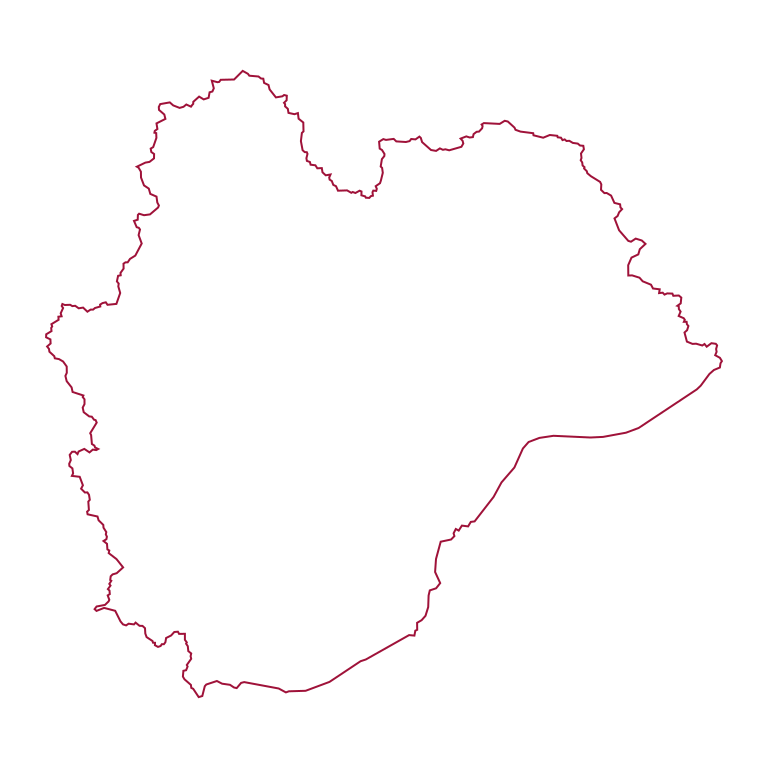 Nhot Ou, Phôngsali, Laos (Mercator projection)
{"feature_id": "54806243B80696563132814", "entity_name": "Nhot Ou", "entity_type": "district", "adm_level": 2, "iso_a3": "LAO", "parent_name": "Laos", "parent_adm1": "Phôngsali", "projection": "mercator", "projection_center": [101.816, 22.196], "detail": "fine", "context": "isolated", "style": "outline", "palette": "rose", "viewbox_px": 768, "rotation_deg": 0, "n_neighbors": 0, "source": "geoboundaries", "source_scale": "gbopen_adm2", "svg_char_len": 6017}
<svg xmlns="http://www.w3.org/2000/svg" viewBox="0 0 768 768"><path d="M414.4,635.6L415.3,630.7L417.2,629.8L417.1,622.8L421.6,620.2L425.5,615.8L428.2,607.1L428.6,595.5L429.8,590.4L436.1,588.3L440.2,583.1L435.1,572.0L436.0,559.0L440.7,541.7L451.1,539.5L454.4,536.1L453.6,533.3L455.8,529.0L458.7,530.6L461.9,525.6L468.1,526.4L470.8,521.9L474.6,521.4L493.6,496.9L501.5,482.4L514.4,467.5L522.9,448.5L528.6,442.0L539.4,437.9L553.5,435.8L590.4,437.5L603.1,436.9L626.0,432.7L638.6,428.0L696.8,389.4L700.7,385.7L709.4,374.0L713.9,370.0L719.9,367.5L720.5,363.3L721.9,361.1L719.9,357.8L715.2,355.2L716.6,351.8L716.1,349.0L717.1,345.4L715.8,343.8L711.4,343.2L706.7,346.7L704.5,344.0L702.3,345.5L696.1,343.7L692.5,343.9L686.9,341.6L684.5,332.5L687.1,330.2L688.4,326.0L686.9,324.2L686.6,321.8L683.9,321.8L684.8,319.8L683.7,318.2L678.7,316.0L680.6,311.6L678.9,309.1L678.7,306.2L677.4,305.8L680.7,303.4L681.3,297.6L678.8,295.5L673.3,295.8L672.4,293.6L667.2,293.4L664.5,294.6L662.7,292.7L659.1,293.1L659.7,289.3L653.0,288.5L651.0,284.7L642.7,281.3L639.5,277.7L632.2,275.4L628.3,275.5L628.2,265.2L631.5,257.6L638.3,254.4L639.8,249.2L645.5,243.9L641.8,240.5L635.7,238.6L631.0,241.7L628.3,240.9L619.1,230.3L614.5,218.4L617.6,216.0L619.1,212.3L622.1,209.1L620.5,207.5L620.1,204.3L614.4,202.9L611.1,195.6L606.7,193.0L604.4,193.1L601.0,189.8L601.3,184.4L600.1,181.9L590.9,176.2L587.3,173.2L586.8,171.2L584.1,168.5L584.5,167.2L582.6,165.5L582.2,162.4L580.7,160.2L581.5,158.0L581.0,153.5L583.9,149.3L583.3,145.8L580.0,145.5L577.8,143.6L572.8,142.9L569.3,140.8L566.5,141.0L564.7,139.4L562.5,140.1L561.0,137.7L557.7,137.3L557.3,135.8L549.8,135.0L543.2,137.7L533.5,135.3L533.2,133.2L520.5,131.6L515.5,129.8L514.5,127.6L507.8,121.5L504.7,120.8L499.7,123.9L483.9,123.1L481.6,124.5L482.6,126.0L482.1,128.3L479.0,131.6L476.6,131.8L473.6,134.1L472.9,137.1L469.7,137.5L466.3,136.4L460.6,138.6L462.6,140.8L463.3,143.5L461.4,146.8L449.2,150.3L445.4,149.3L442.9,149.8L439.9,148.4L436.1,150.9L431.0,150.0L422.1,142.1L420.8,137.9L419.4,136.6L415.5,139.4L411.2,139.0L409.6,141.1L405.9,142.0L396.3,141.4L393.7,138.9L386.0,139.9L383.3,139.1L379.1,141.7L379.7,148.6L382.0,150.0L384.5,154.0L384.3,156.1L381.9,159.1L380.7,166.5L382.1,167.9L382.8,172.8L380.9,180.5L380.0,183.2L375.7,186.2L376.8,188.8L376.2,190.9L373.3,190.6L372.5,192.2L372.9,195.7L370.9,196.1L369.3,197.9L365.8,197.7L365.2,196.4L361.4,195.3L361.5,191.5L359.6,190.7L355.4,193.0L352.7,192.0L351.3,192.8L347.1,190.4L338.0,190.7L336.0,186.2L333.3,184.9L331.8,181.0L329.6,179.6L329.2,177.5L330.5,174.5L325.7,175.3L322.5,172.3L321.8,168.1L317.3,168.3L315.4,165.3L310.6,164.7L309.9,162.0L306.9,160.9L306.4,158.2L307.5,153.9L306.8,152.2L304.7,152.1L302.6,150.2L300.9,141.1L301.9,132.9L303.5,131.4L303.3,122.5L298.6,118.7L297.9,113.1L294.5,114.2L288.5,112.9L287.8,108.8L285.1,106.4L285.1,104.1L284.0,102.8L286.6,100.3L286.8,95.7L284.1,95.0L282.4,96.3L275.9,97.4L269.6,89.4L268.5,85.0L264.1,82.9L263.3,78.7L261.0,78.5L258.5,76.5L249.3,75.7L247.9,73.8L242.7,70.9L234.1,79.5L220.7,79.8L219.2,81.9L217.5,82.2L211.8,80.7L213.8,88.3L212.4,91.5L209.6,92.3L208.6,97.8L203.7,99.4L199.1,96.6L193.3,101.8L193.2,103.9L191.1,106.2L191.7,107.0L186.3,104.5L183.5,106.8L179.6,107.9L173.2,105.4L169.8,102.4L160.2,104.1L158.8,107.0L159.0,109.9L164.3,114.5L165.4,118.9L156.5,123.4L157.4,129.0L154.8,130.9L154.4,132.7L156.2,133.1L156.4,137.9L153.2,147.1L150.7,148.6L151.3,152.0L154.1,154.0L154.0,158.4L149.5,161.9L145.4,162.6L136.9,166.7L138.6,167.7L140.9,171.7L141.0,177.5L144.0,185.4L148.8,188.6L150.3,193.9L156.5,196.6L157.3,202.5L158.9,205.5L158.1,207.5L150.0,214.4L144.0,215.2L139.1,213.7L137.9,214.9L137.7,219.7L134.0,220.9L136.7,227.2L138.8,227.8L140.0,229.5L138.6,235.1L141.7,243.5L135.3,255.6L130.0,258.9L127.7,262.3L125.5,262.3L123.5,263.7L123.6,268.6L120.5,272.9L120.7,275.3L118.1,275.8L116.9,281.4L118.7,283.6L118.3,286.4L120.2,293.0L116.4,303.9L107.5,304.8L105.8,302.3L102.5,303.1L100.1,304.6L100.3,306.5L95.0,308.0L93.1,309.6L90.6,309.6L87.4,311.7L83.1,307.6L78.7,308.3L75.2,305.8L72.3,306.1L70.2,304.8L64.8,305.0L62.4,304.0L61.7,306.0L63.1,308.0L60.7,313.3L61.6,316.3L58.4,316.7L58.6,319.8L51.4,324.2L52.2,326.4L51.2,328.0L51.5,331.1L46.2,334.3L46.1,337.3L50.4,339.4L50.6,343.5L47.1,346.5L49.0,348.9L49.4,351.7L54.3,356.2L54.8,358.3L59.0,359.1L63.1,361.5L66.7,366.5L66.8,372.8L65.4,375.9L66.7,381.2L71.6,387.4L72.6,392.0L83.4,395.5L82.7,397.0L84.5,399.3L84.5,404.1L82.7,407.6L83.7,412.2L89.2,416.4L91.8,416.7L94.0,419.7L95.6,420.1L96.7,422.6L90.2,433.2L91.1,435.0L91.9,444.0L94.4,445.6L95.1,447.5L98.2,449.0L96.2,450.1L92.8,449.6L89.5,452.4L84.3,448.9L78.6,451.5L77.5,454.1L74.9,451.7L72.1,451.8L69.7,454.9L70.8,460.1L69.2,463.8L69.4,466.0L72.4,468.4L73.1,473.4L71.9,475.9L79.7,476.8L82.9,485.3L81.1,488.7L84.9,492.5L87.4,492.4L89.0,494.8L89.8,499.8L88.3,501.6L88.9,510.0L87.1,511.7L87.6,514.3L97.5,516.5L98.6,520.3L103.3,524.9L103.5,527.7L106.3,532.1L105.8,534.3L106.9,536.7L106.4,539.2L103.5,541.0L107.0,543.8L107.4,549.4L109.3,550.5L108.7,553.1L116.5,559.1L123.1,567.4L116.7,573.2L112.6,574.4L110.7,576.3L110.2,580.0L111.3,580.8L109.3,583.9L110.5,585.6L107.9,589.1L109.5,590.6L109.8,594.1L107.7,595.4L109.3,599.8L108.6,601.4L105.0,604.9L96.6,606.5L94.6,609.1L96.5,610.9L104.1,607.9L115.2,610.8L120.5,621.4L123.0,624.4L126.1,625.4L128.6,623.7L134.0,624.4L135.6,622.6L139.5,625.8L142.5,625.9L145.0,628.2L145.3,633.5L146.6,637.1L152.5,641.0L153.0,642.7L155.0,642.8L154.9,645.2L158.0,646.9L160.6,646.0L161.8,644.2L163.9,644.2L165.4,642.2L166.1,638.0L171.1,635.5L174.3,632.0L177.9,631.7L179.1,633.9L184.9,633.8L184.9,639.8L186.8,642.4L186.1,643.7L187.8,646.2L188.3,651.1L191.2,653.5L190.6,656.2L191.2,658.8L186.8,665.0L187.6,666.5L186.1,670.2L183.4,670.8L182.9,676.6L184.5,679.3L190.9,684.9L191.3,687.9L193.2,688.8L198.7,697.1L202.3,696.0L204.8,686.2L206.3,684.5L216.9,681.0L222.1,683.7L230.0,684.8L234.0,687.5L236.7,688.1L241.1,682.9L244.2,682.1L278.7,688.5L285.9,692.4L288.9,691.3L305.6,690.8L329.5,681.9L360.6,661.2L365.8,659.5L409.1,635.1L414.4,635.6Z" fill="none" stroke="#9f1239" stroke-width="2"/></svg>